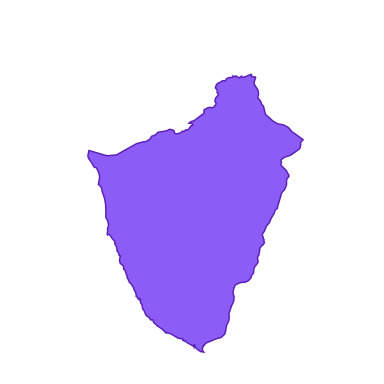 an SVG outline of Ceará, rotated 215°
{"feature_id": "BRA-621", "entity_name": "Ceará", "entity_type": "State", "adm_level": 1, "iso_a3": "BRA", "parent_name": "Brazil", "parent_adm1": "", "projection": "orthographic", "projection_center": [-39.568, -5.32], "detail": "fine", "context": "isolated", "style": "filled", "palette": "violet", "viewbox_px": 384, "rotation_deg": 215, "n_neighbors": 0, "source": "natural_earth", "source_scale": "10m", "svg_char_len": 5953}
<svg xmlns="http://www.w3.org/2000/svg" viewBox="0 0 384 384"><g transform="rotate(215 192 192)"><path d="M94.1,73.2L94.3,73.4L94.5,72.0L94.4,71.2L93.6,70.0L93.3,68.9L92.3,68.3L92.1,67.6L91.6,67.8L91.3,67.9L90.6,67.6L91.4,67.3L92.8,66.4L93.6,66.2L96.6,66.2L98.2,66.3L99.8,66.7L101.2,67.3L102.3,68.3L102.6,68.3L102.5,67.7L102.2,67.1L101.6,66.1L102.3,66.5L110.0,65.8L112.0,66.1L112.4,66.0L112.6,65.5L113.1,65.4L114.6,65.3L115.0,65.6L115.3,66.5L115.7,66.5L116.2,65.9L118.7,64.6L119.6,64.3L128.4,63.6L131.2,62.4L132.1,62.2L132.6,61.5L132.9,61.5L133.7,61.9L137.6,62.5L144.2,62.5L148.6,63.2L149.3,63.5L150.3,64.4L150.9,64.7L151.5,64.5L151.8,64.0L152.1,63.6L152.7,63.9L153.3,63.8L154.9,64.5L155.7,64.7L158.3,64.5L159.0,64.7L163.3,67.4L164.9,67.8L165.5,68.1L168.2,70.8L168.8,71.2L169.5,71.3L170.3,71.7L171.5,72.7L172.4,73.6L172.1,74.1L172.8,74.4L173.5,74.5L173.1,73.8L173.9,73.4L174.7,73.5L176.7,74.5L177.0,74.6L177.9,74.5L178.1,74.6L178.5,75.6L180.4,77.2L184.2,79.2L184.8,80.0L189.3,81.9L190.0,82.1L191.3,81.9L191.6,82.1L192.2,82.8L193.3,83.2L195.0,84.4L195.5,84.3L196.0,84.6L196.4,85.4L199.8,87.8L201.3,89.1L201.7,89.3L202.3,89.5L203.3,89.5L203.8,89.7L204.5,90.4L205.0,91.2L205.6,91.9L206.8,92.2L209.0,92.3L209.8,92.5L210.5,92.9L211.8,94.0L212.7,95.4L214.0,98.5L215.0,98.2L215.7,98.6L216.4,99.3L217.2,99.9L219.6,100.7L220.6,102.0L221.9,103.3L223.5,104.4L224.8,104.9L225.5,105.3L226.6,107.0L227.2,107.3L230.6,108.1L234.1,109.5L235.7,109.7L236.6,108.4L237.2,108.8L237.6,109.5L238.7,111.6L240.1,113.4L240.4,114.2L240.8,115.8L241.1,116.6L241.7,117.3L244.6,120.1L245.2,120.4L247.6,121.5L248.2,122.1L251.4,126.7L255.6,132.2L259.6,136.3L264.4,139.9L265.2,140.3L268.6,143.5L269.5,143.9L270.6,144.2L271.8,144.5L273.0,144.5L275.9,150.7L277.3,152.4L279.1,153.9L281.2,155.5L283.4,156.6L284.8,157.0L285.4,156.7L286.0,156.3L287.3,156.6L290.5,158.2L295.7,160.1L297.3,161.2L298.3,162.4L300.2,166.9L284.6,172.1L282.4,173.1L281.8,173.4L275.3,178.9L274.9,179.5L271.1,187.5L265.3,199.5L264.9,200.1L261.1,204.7L260.2,205.6L259.5,206.1L258.5,207.2L256.9,211.0L256.7,211.9L256.7,212.2L257.1,213.9L256.9,214.8L255.7,216.3L254.7,218.1L254.4,218.5L254.4,219.1L254.4,220.3L254.3,220.9L253.8,221.7L247.9,227.6L247.4,228.4L246.9,229.7L246.4,230.3L245.5,230.9L243.7,231.6L242.7,231.9L242.0,231.9L241.6,231.6L240.5,230.6L240.1,230.4L239.6,230.2L239.1,230.3L238.4,230.6L237.5,231.3L236.2,232.7L235.6,233.6L235.1,234.6L235.0,235.4L234.6,236.4L233.2,237.1L233.0,237.7L232.9,238.8L232.7,239.3L232.4,239.7L231.5,240.2L231.1,240.5L230.9,241.1L230.8,241.7L230.8,242.8L230.7,244.1L230.8,244.9L230.7,245.5L230.5,246.0L229.8,246.7L229.6,247.1L229.8,247.5L230.1,247.7L230.5,247.9L231.1,247.9L232.7,247.5L233.9,246.7L233.6,248.1L233.4,248.7L232.8,249.6L232.0,250.5L231.2,251.7L228.1,261.1L227.7,261.8L227.6,262.7L227.6,263.3L227.9,264.2L228.7,265.2L228.9,265.6L229.1,266.1L229.1,266.6L228.9,267.2L228.4,267.7L227.4,270.1L226.9,270.7L226.3,271.2L223.5,272.9L222.9,274.1L222.7,276.2L222.7,276.9L222.9,278.0L223.3,278.6L224.9,279.3L225.3,279.7L225.6,280.1L225.9,280.6L226.2,281.6L226.5,282.8L226.5,283.4L226.5,284.2L226.1,286.0L226.1,286.7L226.5,287.3L227.0,287.6L228.1,287.7L228.6,287.9L228.9,288.3L229.3,289.3L229.6,289.7L230.0,290.1L230.4,290.3L231.0,290.4L232.2,290.5L232.6,290.7L232.8,291.2L233.0,292.0L233.5,293.7L233.5,294.3L233.4,295.1L233.0,296.4L232.7,296.9L231.8,298.1L231.2,299.7L230.8,300.5L229.9,301.4L228.7,301.9L228.4,302.1L228.7,303.9L228.7,304.5L228.4,305.2L228.0,306.0L227.1,307.1L226.5,307.6L225.2,308.7L224.8,309.0L224.6,309.4L224.5,309.7L225.0,310.5L223.5,311.0L222.9,311.4L222.4,312.3L222.1,312.5L221.9,312.5L221.3,312.3L220.8,312.3L219.7,312.5L218.8,312.8L218.4,313.5L218.1,314.8L217.9,315.3L217.7,315.4L217.2,314.9L216.9,314.8L216.5,314.8L216.2,314.9L216.0,315.1L215.4,316.0L214.3,317.3L213.8,317.9L213.0,319.5L212.4,320.3L211.9,321.3L211.2,322.2L210.8,322.3L210.6,322.3L209.8,321.0L209.6,320.8L209.1,320.9L208.2,321.3L206.9,322.2L206.2,322.5L205.8,322.5L205.5,322.1L205.3,321.6L204.2,317.8L204.0,317.3L203.7,316.9L202.9,316.2L201.3,315.3L197.0,313.6L196.1,313.0L193.8,310.6L193.5,310.1L193.0,308.5L192.6,307.8L192.2,307.2L191.9,306.9L191.6,306.7L190.5,306.4L189.8,306.3L187.9,305.7L185.9,304.3L185.3,303.9L184.9,303.8L182.9,303.3L182.5,303.1L182.2,302.9L181.4,302.1L180.1,301.0L177.2,298.4L176.1,297.7L166.3,296.5L162.1,296.9L160.9,297.1L158.1,298.2L156.3,299.2L155.2,299.5L150.8,300.1L149.6,300.0L145.1,298.8L144.5,298.7L144.0,298.7L143.4,298.8L131.0,298.6L131.3,295.4L131.2,294.7L130.9,294.0L130.1,293.0L129.6,292.2L128.9,290.4L128.7,289.4L128.8,288.6L132.3,278.8L132.5,278.4L136.0,273.7L136.3,273.1L137.1,271.1L137.2,270.3L137.3,269.2L137.1,268.8L136.8,268.5L136.4,268.3L135.9,267.9L135.7,267.5L135.4,266.7L134.9,265.4L134.5,265.1L134.0,264.9L126.9,263.6L126.1,263.2L124.9,262.4L122.8,261.6L122.1,261.1L121.7,260.6L121.5,260.0L121.8,257.8L121.6,256.6L120.6,254.8L118.9,252.5L118.4,251.1L117.6,247.3L117.5,246.6L117.9,244.7L118.0,243.8L117.9,242.4L117.8,241.6L117.5,240.8L117.2,240.2L114.1,231.0L113.8,230.1L112.8,227.7L112.7,227.0L113.3,225.8L113.5,225.2L113.3,224.5L112.6,222.1L111.9,215.1L111.2,212.2L111.0,210.7L111.5,207.3L111.4,206.6L110.2,201.3L110.2,198.7L110.1,197.8L109.7,197.0L109.2,196.6L107.7,195.8L107.0,195.0L105.8,194.4L105.1,193.2L103.9,192.3L103.5,191.4L103.5,189.7L104.0,187.9L104.2,186.2L104.0,184.3L102.9,182.9L101.8,180.1L101.1,178.9L101.1,177.6L100.8,176.0L99.9,174.9L98.3,173.4L97.7,172.4L97.5,171.2L97.7,165.9L97.3,164.8L96.9,163.9L95.3,161.4L95.2,159.6L95.3,157.8L95.0,156.6L94.5,155.8L94.6,154.2L94.9,151.8L95.4,150.7L96.9,148.4L98.4,147.3L99.8,146.1L100.8,144.9L103.2,140.9L102.5,137.3L102.1,136.2L100.8,133.2L100.0,132.4L99.0,131.5L97.6,130.6L95.2,126.4L94.2,120.9L92.7,116.1L92.3,114.3L91.6,113.1L90.4,111.8L88.7,109.1L87.8,107.0L87.6,105.1L87.3,103.2L87.0,102.4L85.9,99.6L84.9,97.9L83.8,95.1L83.8,93.6L84.2,91.9L84.4,90.6L85.0,89.1L87.4,86.5L93.7,76.6L93.9,76.1L94.1,73.8L94.1,73.2Z" fill="#8b5cf6" stroke="#5b21b6" stroke-width="1.5"/></g></svg>